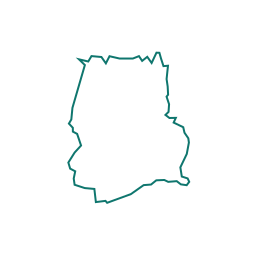 Amherst, Virginia, United States of America (Mercator projection), rotated 220°
{"feature_id": "52423323B69498607463637", "entity_name": "Amherst", "entity_type": "district", "adm_level": 2, "iso_a3": "USA", "parent_name": "United States of America", "parent_adm1": "Virginia", "projection": "mercator", "projection_center": [-79.163, 37.6], "detail": "fine", "context": "isolated", "style": "outline", "palette": "teal", "viewbox_px": 256, "rotation_deg": 220, "n_neighbors": 0, "source": "geoboundaries", "source_scale": "gbopen_adm2", "svg_char_len": 904}
<svg xmlns="http://www.w3.org/2000/svg" viewBox="0 0 256 256"><g transform="rotate(220 128 128)"><path d="M147.6,202.6L152.3,205.8L154.6,204.0L151.7,193.0L159.0,194.9L160.3,188.5L165.8,190.1L168.9,184.4L179.1,175.8L188.3,171.1L186.5,163.3L194.0,165.3L202.2,159.6L201.2,153.4L209.7,149.1L201.5,148.5L183.5,107.7L176.9,98.1L176.1,93.4L170.4,92.7L167.9,89.8L163.2,90.8L152.7,84.4L153.1,74.9L151.5,63.2L146.2,59.7L140.6,60.9L137.1,54.4L132.4,50.2L122.5,54.2L114.6,59.7L105.0,50.6L98.4,57.7L95.9,57.3L83.3,79.2L79.3,94.3L74.0,99.5L72.7,106.1L66.8,111.5L62.6,112.6L56.5,118.6L51.3,118.8L46.3,121.9L46.5,126.1L49.9,127.7L55.6,125.4L62.6,131.5L66.3,145.9L72.0,156.0L75.2,158.9L81.7,160.7L86.2,164.1L96.5,161.5L97.9,166.5L102.7,162.3L107.7,162.1L107.3,166.4L111.8,172.6L118.6,176.8L118.7,179.3L124.3,185.3L129.9,190.3L137.4,201.4L140.6,198.2L147.6,202.6Z" fill="none" stroke="#0f766e" stroke-width="2"/></g></svg>